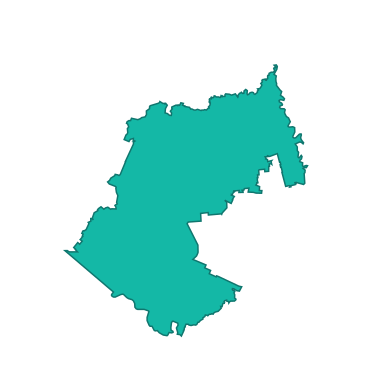 Playa Vicente, Veracruz, Mexico (Mercator projection), rotated 286°
{"feature_id": "50627088B74539459356287", "entity_name": "Playa Vicente", "entity_type": "district", "adm_level": 2, "iso_a3": "MEX", "parent_name": "Mexico", "parent_adm1": "Veracruz", "projection": "mercator", "projection_center": [-95.61, 17.758], "detail": "fine", "context": "isolated", "style": "filled", "palette": "teal", "viewbox_px": 384, "rotation_deg": 286, "n_neighbors": 0, "source": "geoboundaries", "source_scale": "gbopen_adm2", "svg_char_len": 6049}
<svg xmlns="http://www.w3.org/2000/svg" viewBox="0 0 384 384"><g transform="rotate(286 192 192)"><path d="M336.5,236.0L335.1,238.1L334.4,237.9L334.0,236.7L333.2,236.5L331.8,237.7L330.7,237.8L329.5,237.0L329.0,235.1L327.3,233.4L325.4,233.7L325.0,232.8L324.3,232.7L321.9,233.5L321.3,232.8L319.9,232.7L319.8,232.1L320.8,231.6L320.7,231.0L320.0,230.4L319.8,229.3L318.7,228.4L317.0,229.2L315.3,228.2L314.1,229.7L312.7,229.5L310.2,228.7L309.2,226.6L308.2,227.8L307.0,227.0L305.7,227.4L303.2,225.6L303.4,224.6L304.4,223.7L304.5,222.3L303.5,220.5L301.4,219.5L300.8,218.5L301.7,217.8L304.7,217.2L305.4,215.4L303.6,214.2L301.1,214.6L300.7,213.5L301.5,211.9L300.6,211.5L300.0,210.5L297.3,209.4L296.5,210.0L295.8,209.9L298.3,206.6L296.0,203.3L296.3,201.0L295.6,197.3L294.6,196.9L292.9,197.3L292.4,195.6L292.8,194.6L291.9,194.5L292.6,193.4L290.7,193.2L290.5,192.8L290.7,191.4L290.0,189.0L290.7,187.6L290.5,186.8L289.0,186.8L288.3,186.1L288.6,184.6L288.2,184.2L287.6,184.9L286.9,184.9L286.4,183.2L285.2,183.2L284.3,184.2L283.3,183.6L282.5,184.5L282.7,185.0L281.5,185.3L279.8,185.2L278.6,184.4L277.5,185.3L277.1,184.5L274.8,183.3L274.6,181.3L273.8,180.4L273.5,178.9L272.8,178.3L273.0,174.5L271.6,172.6L271.4,171.2L271.8,168.9L271.3,167.9L272.7,166.3L272.2,161.4L272.7,161.5L272.8,159.0L274.8,159.3L274.7,156.7L271.9,156.2L271.9,154.6L271.1,154.5L271.2,152.8L268.2,149.2L267.0,149.4L266.5,150.1L263.7,148.9L262.4,150.6L259.9,151.0L259.5,149.3L260.6,146.8L260.6,144.3L264.9,143.5L268.6,144.3L269.8,142.5L269.3,142.0L269.9,141.9L269.1,139.6L270.1,136.2L269.2,136.2L268.1,135.3L263.4,128.0L262.3,127.7L260.4,128.2L257.3,125.8L253.9,126.9L251.3,126.2L249.6,123.0L248.3,122.2L246.6,120.0L246.2,113.5L243.7,113.3L243.3,111.8L241.8,110.3L240.0,110.1L239.6,111.4L237.1,113.2L235.1,112.4L231.3,113.9L229.7,113.6L228.6,112.8L223.7,112.3L223.1,117.5L225.6,118.2L227.3,120.9L225.6,121.3L225.3,122.7L224.7,121.8L224.6,122.6L223.7,121.9L222.0,122.5L202.8,119.5L202.8,119.8L189.0,118.2L187.7,117.3L188.0,116.2L187.8,113.3L186.4,113.2L182.9,110.1L180.5,109.6L178.4,108.1L176.9,110.3L176.3,116.6L175.7,117.8L174.5,117.8L170.9,119.4L168.1,121.7L161.2,122.4L160.0,123.4L157.9,121.6L156.4,123.1L154.8,123.7L153.7,119.4L153.0,118.6L154.2,115.3L152.9,113.3L151.2,112.0L152.7,108.6L150.2,106.6L148.7,106.1L148.1,106.6L145.1,103.7L139.4,103.4L137.9,104.8L138.9,102.9L138.6,102.0L136.0,102.8L134.2,100.6L133.5,101.5L132.5,101.5L126.7,100.6L124.8,98.9L124.8,98.2L124.3,97.8L121.8,97.5L121.5,99.0L119.1,98.7L119.0,99.2L115.4,97.6L114.5,100.0L110.8,98.4L111.9,96.1L106.0,93.6L104.9,95.9L104.5,95.7L102.9,98.4L100.6,90.6L101.3,88.2L100.6,86.0L74.2,144.1L71.4,143.0L70.5,143.1L69.7,144.0L69.4,145.6L69.8,147.1L73.8,151.8L74.7,153.5L74.7,154.4L72.6,158.3L72.0,160.4L72.0,163.9L71.3,165.6L69.1,167.6L65.5,168.9L64.3,170.6L64.2,172.1L66.0,178.4L65.7,182.9L65.3,183.5L59.1,183.4L56.0,184.3L52.1,187.5L51.4,188.6L51.9,190.6L48.5,193.9L48.4,195.0L49.2,196.9L47.7,199.3L46.6,203.8L47.0,207.6L47.7,208.1L50.6,208.7L51.0,211.4L51.9,212.5L52.8,212.1L53.4,210.0L55.6,209.1L60.7,208.3L62.3,208.8L62.6,209.4L62.0,214.5L60.1,215.3L57.0,214.5L53.0,217.0L51.2,217.1L51.6,219.7L50.6,221.5L56.6,222.4L56.8,222.0L57.6,222.4L59.4,222.1L60.3,222.2L60.5,222.7L61.3,222.4L63.3,222.7L63.8,224.9L63.3,225.6L63.4,227.9L64.8,230.3L65.1,232.3L66.0,233.1L68.4,233.6L68.7,234.5L70.9,235.6L72.8,237.5L74.2,237.2L75.8,238.7L77.4,238.7L77.7,240.6L77.4,241.3L79.1,242.2L79.7,243.9L80.3,244.2L80.4,246.0L81.2,246.0L83.0,247.4L84.5,250.0L88.3,252.1L89.9,251.1L90.1,252.5L93.4,252.4L93.9,253.7L95.0,253.7L95.5,253.0L96.4,253.3L97.6,255.1L96.7,255.5L96.7,257.4L95.5,258.0L96.7,258.3L97.7,259.2L98.9,262.9L100.3,263.8L101.1,263.8L101.8,262.2L105.0,261.4L106.7,260.1L108.1,260.6L108.8,259.5L108.8,258.4L109.4,257.6L110.3,257.5L110.5,258.8L109.5,262.3L109.8,264.9L114.6,265.9L114.4,262.9L118.0,240.9L118.2,238.8L117.1,238.6L118.2,231.1L121.7,231.5L122.6,225.1L125.7,225.6L127.4,211.4L131.8,214.0L134.6,214.4L135.8,214.4L142.6,212.3L160.2,196.0L162.1,196.7L166.5,208.7L173.8,206.2L176.7,213.2L174.4,214.1L179.1,226.3L178.8,226.7L180.1,226.8L186.4,229.9L192.2,228.0L192.3,226.8L193.4,225.9L192.9,226.7L191.8,232.8L195.8,233.4L196.0,232.9L199.4,233.9L199.8,231.4L200.0,231.7L200.6,230.8L200.8,231.5L202.4,231.7L203.9,232.7L204.1,231.8L204.5,231.8L206.5,237.0L204.5,237.2L205.7,241.2L206.7,240.8L207.5,239.7L208.1,241.3L209.7,241.4L211.4,245.6L207.4,246.0L208.6,251.1L208.6,253.8L210.0,259.2L212.6,258.8L212.0,256.3L215.8,255.5L216.3,251.5L217.9,252.0L218.7,251.7L219.1,252.8L221.2,251.6L223.8,250.8L224.0,251.4L226.5,250.3L227.0,251.7L231.3,250.1L232.0,250.7L233.9,255.5L231.6,256.4L233.0,260.0L237.8,258.7L238.1,259.4L240.3,258.5L240.9,260.3L240.6,261.0L243.1,259.6L244.2,260.0L242.1,256.4L244.0,255.6L244.1,253.7L244.7,253.9L246.0,252.6L246.7,254.5L247.7,254.6L247.7,255.3L247.2,255.6L247.7,257.0L252.4,263.4L244.7,268.0L245.0,268.6L242.8,269.8L242.5,269.2L240.2,270.4L240.5,270.9L236.0,273.4L235.7,273.0L223.2,280.5L225.0,283.9L224.8,284.9L223.7,284.6L224.3,285.7L225.3,285.2L227.4,289.0L228.4,289.1L229.4,288.4L229.9,289.5L229.3,289.8L229.9,289.9L230.0,297.2L231.5,298.0L240.7,294.7L241.7,295.2L244.2,294.7L245.3,292.3L246.5,293.5L246.9,295.2L249.1,295.8L249.0,294.5L247.1,291.7L247.9,290.9L250.6,290.3L250.9,287.1L252.4,287.1L253.9,288.1L256.4,288.0L257.3,286.9L254.5,285.7L254.4,285.0L255.0,284.2L259.5,283.5L260.8,281.8L264.3,280.8L266.6,278.0L269.7,281.6L269.9,283.3L268.9,285.5L270.1,285.7L272.0,283.1L273.3,281.9L274.6,281.4L277.0,281.4L277.9,280.8L277.2,279.3L272.8,276.8L272.0,275.4L272.4,274.0L273.4,273.6L278.0,274.3L282.2,272.9L282.5,270.9L281.2,267.7L281.4,266.3L282.3,266.1L286.6,267.1L289.8,264.4L290.6,261.9L292.9,259.7L294.1,259.0L296.7,258.9L297.4,257.7L296.6,254.1L297.5,252.9L299.0,253.0L300.3,254.8L301.1,254.8L302.2,253.6L302.7,251.1L304.0,250.5L305.2,251.7L305.4,255.0L307.1,255.2L308.4,253.2L309.3,250.4L313.3,250.5L314.3,248.5L317.8,243.8L319.5,243.5L321.3,242.3L324.1,241.3L326.8,241.0L327.7,238.4L333.3,239.7L336.2,239.4L337.4,238.0L336.5,236.0Z" fill="#14b8a6" stroke="#0f766e" stroke-width="1.5"/></g></svg>